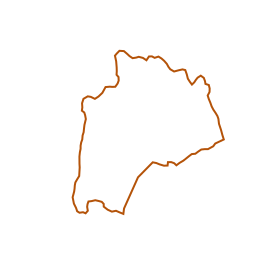 the district of Casserengue, Paraíba, Brazil, rotated 53°
{"feature_id": "56859067B62762584744623", "entity_name": "Casserengue", "entity_type": "district", "adm_level": 2, "iso_a3": "BRA", "parent_name": "Brazil", "parent_adm1": "Paraíba", "projection": "orthographic", "projection_center": [-35.847, -6.765], "detail": "fine", "context": "isolated", "style": "outline", "palette": "amber", "viewbox_px": 256, "rotation_deg": 53, "n_neighbors": 0, "source": "geoboundaries", "source_scale": "gbopen_adm2", "svg_char_len": 1744}
<svg xmlns="http://www.w3.org/2000/svg" viewBox="0 0 256 256"><g transform="rotate(53 128 128)"><path d="M166.5,217.7L168.2,214.6L170.6,213.2L169.9,209.9L166.4,208.1L164.5,206.2L162.9,203.8L164.4,201.2L166.0,197.6L168.7,195.3L171.2,193.4L174.0,193.1L176.2,194.7L181.0,193.4L185.1,191.2L186.9,187.4L190.3,185.5L193.8,183.4L189.9,179.6L173.4,149.7L170.3,128.9L173.1,126.4L176.0,124.7L179.7,122.0L181.8,119.0L179.3,116.6L181.3,114.0L183.9,112.3L186.9,111.8L186.9,107.8L187.4,103.4L187.2,96.1L187.2,92.8L189.1,89.7L189.1,86.0L189.3,82.4L191.2,79.2L193.0,76.9L193.9,70.9L192.9,67.7L194.8,58.4L190.3,56.8L185.6,54.9L179.4,52.8L175.1,50.3L172.3,49.4L168.7,49.0L164.7,48.8L161.1,48.2L157.3,47.0L153.4,46.0L150.0,44.8L148.3,41.2L145.6,39.0L142.3,37.6L139.4,39.6L136.9,38.3L133.6,37.3L130.0,38.4L129.7,42.1L130.4,44.8L131.4,47.6L131.8,50.8L128.4,50.8L124.6,50.5L120.6,48.8L116.2,47.4L114.0,49.2L112.4,52.8L110.6,57.2L106.5,58.9L103.4,58.9L100.2,58.4L96.1,58.7L92.7,59.4L89.3,60.7L88.0,64.5L85.2,65.8L83.5,68.2L85.0,72.5L81.0,73.9L77.6,76.6L76.7,79.1L75.0,82.3L71.5,83.5L68.1,84.1L64.1,85.0L61.2,88.4L61.8,92.3L62.4,94.9L67.6,97.3L72.8,100.6L75.9,102.8L78.6,105.1L81.6,104.9L84.5,106.9L86.2,109.5L87.4,113.3L85.8,115.7L84.1,117.6L81.8,121.3L84.5,127.3L85.1,132.6L84.8,136.9L80.7,139.0L78.5,141.1L77.9,146.0L80.6,149.8L84.1,152.1L86.4,154.4L89.3,153.6L91.9,154.5L95.5,156.3L99.3,160.9L101.9,163.4L104.7,166.0L106.6,168.7L109.6,171.4L111.4,174.1L113.6,176.5L116.1,178.4L118.4,181.0L121.6,184.0L123.9,185.7L127.4,188.3L130.4,190.3L133.0,192.5L137.0,195.9L138.4,199.5L139.8,202.8L141.7,204.9L144.3,207.2L146.3,209.2L148.2,211.6L150.0,213.9L152.5,215.1L155.8,216.7L160.6,217.6L163.9,218.7L166.5,217.7Z" fill="none" stroke="#b45309" stroke-width="2"/></g></svg>